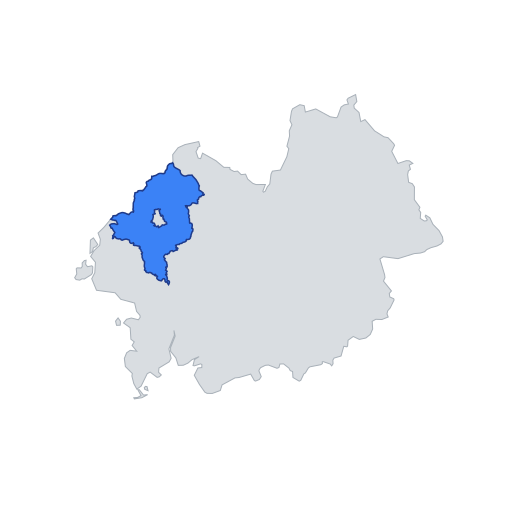 Germany, with Brandenburg highlighted, rotated 235°
{"feature_id": "DEU-3487", "entity_name": "Brandenburg", "entity_type": "State", "adm_level": 1, "iso_a3": "DEU", "parent_name": "Germany", "parent_adm1": "", "projection": "orthographic", "projection_center": [13.043, 52.446], "detail": "fine", "context": "in_parent", "style": "filled", "palette": "blue", "viewbox_px": 512, "rotation_deg": 235, "n_neighbors": 0, "source": "natural_earth", "source_scale": "10m", "svg_char_len": 9737}
<svg xmlns="http://www.w3.org/2000/svg" viewBox="0 0 512 512"><g transform="rotate(235 256 256)"><path d="M221.7,425.4L211.3,418.0L201.9,418.2L200.4,415.9L197.2,415.9L192.6,412.1L188.2,413.9L187.1,415.8L187.3,417.0L191.6,417.4L192.1,418.5L187.6,420.3L180.4,419.1L171.8,420.5L164.7,419.7L160.7,417.7L159.8,414.5L160.4,410.0L162.5,404.0L163.3,399.6L162.8,396.6L164.1,392.4L167.2,387.0L172.4,370.8L182.4,359.9L182.5,355.8L166.9,350.6L164.4,349.3L162.3,346.0L149.7,346.9L148.9,343.7L145.7,342.1L142.0,344.3L140.8,343.9L136.5,336.1L135.6,332.5L133.5,330.1L130.2,329.3L131.8,322.6L135.4,317.9L135.9,313.7L129.3,309.7L126.2,304.6L125.8,299.0L128.4,292.8L134.3,289.5L134.2,283.1L129.7,279.4L129.5,278.3L131.7,276.1L125.3,268.3L127.6,261.4L126.6,259.2L123.5,257.3L122.6,255.0L125.0,254.8L131.0,250.4L131.3,249.6L129.8,248.7L129.8,246.7L134.3,236.6L134.3,234.8L131.9,229.4L132.0,227.6L128.5,221.4L128.7,219.6L135.3,216.6L140.4,219.7L142.5,218.3L145.2,218.7L151.8,216.7L153.8,213.6L151.5,210.8L152.0,208.8L159.6,203.6L161.1,200.9L161.9,195.7L161.2,193.8L160.3,192.5L154.2,191.1L152.9,187.9L153.8,183.9L154.9,183.2L162.3,183.9L166.2,172.4L168.2,168.9L169.9,154.3L166.3,149.6L168.5,141.3L171.6,137.1L173.8,136.0L183.3,136.0L193.7,137.0L197.6,144.2L195.7,147.6L198.1,149.4L199.4,148.8L201.4,142.5L202.4,141.6L206.4,146.1L206.2,151.7L207.8,144.2L207.3,138.9L208.2,133.8L211.0,129.6L218.5,131.9L226.9,131.4L230.0,133.5L236.7,143.8L242.1,146.1L238.0,143.8L229.9,131.4L220.9,127.8L219.1,124.2L219.9,112.2L216.6,109.5L212.9,110.2L212.5,107.4L213.3,105.4L221.6,102.7L222.0,99.4L215.3,87.2L215.3,82.0L221.5,82.7L228.9,85.5L230.7,87.3L240.4,85.6L247.6,89.4L250.9,94.5L250.9,98.8L246.4,103.7L253.8,103.2L255.5,107.0L259.6,105.8L269.4,111.8L277.1,109.1L278.4,113.7L276.7,118.3L271.2,123.1L272.3,126.1L274.0,126.9L279.1,126.4L287.1,129.6L298.1,120.4L306.7,119.5L319.4,105.7L331.6,108.4L334.8,114.4L343.0,120.9L350.5,120.3L353.3,126.5L354.5,134.2L359.0,138.1L365.4,139.8L366.7,147.8L370.1,160.4L370.1,164.3L369.0,168.7L366.9,172.4L362.7,176.8L362.4,179.4L373.5,190.0L376.6,195.4L374.9,203.2L376.7,207.0L378.6,208.3L379.3,210.2L379.4,214.7L380.8,216.0L378.8,224.3L376.8,227.7L377.5,230.5L380.5,235.5L380.6,241.9L386.8,245.9L389.4,254.3L388.0,261.7L382.6,274.7L378.1,273.1L378.3,270.3L377.5,270.1L375.9,266.7L369.3,264.8L367.5,266.5L370.9,271.2L357.1,277.8L347.1,280.5L343.6,285.3L341.8,284.4L337.8,286.5L336.1,289.6L331.2,290.5L329.0,294.4L323.8,293.3L317.4,295.0L314.5,297.0L309.2,304.7L305.1,298.7L304.0,298.7L303.7,300.6L306.2,305.0L307.1,308.6L314.5,315.3L316.1,318.1L312.4,325.3L319.6,338.2L325.1,344.4L328.2,344.3L335.0,352.3L339.5,355.1L342.9,360.7L347.4,361.5L354.2,368.1L355.6,370.4L354.8,378.7L351.5,381.7L345.6,379.0L342.2,389.3L327.5,396.6L323.2,401.0L323.2,402.5L329.2,411.1L329.2,414.9L327.5,418.9L331.7,420.0L332.4,422.0L331.1,430.2L324.7,427.2L323.5,422.7L320.8,421.3L314.5,422.7L306.0,418.9L305.2,423.5L290.5,424.9L280.2,429.2L277.2,432.0L269.1,433.2L267.2,433.0L263.9,427.2L250.4,425.3L247.9,433.8L246.0,436.2L241.9,437.6L242.6,433.7L238.4,432.2L238.3,429.6L235.7,426.9L228.8,423.3L225.6,425.5L221.7,425.4ZM350.0,109.6L350.7,112.8L350.0,114.4L347.0,111.7L343.9,111.8L342.1,115.9L340.7,116.1L336.0,112.4L335.2,110.6L335.6,102.2L337.1,100.4L337.3,97.8L339.9,95.1L342.2,95.0L344.1,98.9L348.6,101.4L348.9,102.6L346.5,105.9L347.1,107.7L350.0,109.6ZM364.0,129.5L364.1,133.2L356.2,133.0L355.5,130.2L356.0,127.5L353.4,124.6L353.4,121.5L364.0,129.5ZM206.6,84.1L204.6,87.7L205.4,81.2L208.7,74.4L210.0,74.6L208.1,77.7L207.6,81.7L214.2,82.5L213.4,83.7L206.6,84.1ZM284.4,107.5L280.3,107.5L277.2,105.1L279.2,102.0L283.2,103.6L284.4,107.5ZM212.6,90.7L211.5,91.8L207.6,90.3L210.6,88.4L212.3,89.0L212.6,90.7Z" fill="#d9dde1" stroke="#a8b0b8" stroke-width="1"/><path d="M376.2,192.2L377.2,193.1L376.5,194.8L376.3,195.9L376.8,196.3L377.0,196.8L376.5,197.9L375.8,199.0L374.4,200.4L374.6,202.2L375.3,204.2L375.9,205.6L375.8,206.4L376.4,207.1L377.4,207.6L379.0,208.1L379.5,208.9L379.5,209.8L379.0,210.6L379.0,210.9L379.4,211.5L379.3,212.2L379.0,213.0L378.9,214.2L379.2,214.9L381.1,216.3L380.3,217.3L380.1,218.6L379.4,220.2L379.3,223.0L379.1,224.0L378.7,224.8L378.2,225.5L376.6,227.2L376.2,228.1L376.3,229.0L376.8,229.7L377.3,230.1L377.7,230.6L377.9,231.8L378.2,233.0L378.9,233.8L380.3,234.9L380.7,235.7L381.0,236.9L381.1,238.1L380.8,239.0L380.2,239.9L380.0,240.8L380.1,241.2L378.8,241.1L376.8,240.2L376.2,240.1L375.6,240.2L374.4,240.6L370.6,242.5L369.5,242.8L368.5,242.2L367.4,241.8L366.0,241.7L364.3,242.1L362.7,243.1L361.6,244.6L361.5,245.0L361.4,245.7L361.0,246.8L358.9,250.0L358.6,250.1L358.0,249.9L353.0,250.6L348.6,250.3L346.9,249.8L346.2,249.9L345.9,249.8L345.4,249.0L344.7,248.5L344.0,247.9L342.7,247.2L342.0,247.3L341.3,247.9L338.1,248.9L337.7,248.3L337.1,248.1L337.0,248.4L336.7,248.4L336.2,248.9L335.9,248.6L335.8,247.9L336.3,247.3L336.5,246.7L336.6,245.6L336.5,245.2L336.3,245.0L336.2,244.7L336.9,244.0L336.8,243.4L336.5,242.5L336.4,242.3L335.8,241.9L335.5,241.5L335.7,240.5L335.6,240.2L334.7,239.6L334.3,239.8L334.1,239.7L333.7,239.4L332.9,238.4L332.5,238.3L333.1,237.2L335.1,235.6L335.9,234.5L336.0,233.9L335.3,232.4L335.3,230.5L336.3,228.8L337.3,227.7L337.6,227.1L337.0,226.9L335.9,226.8L335.4,227.6L334.8,227.1L334.6,227.0L332.7,227.2L332.1,227.0L330.5,225.9L329.7,224.9L328.8,224.6L327.2,224.5L327.1,224.4L326.7,223.4L326.3,223.1L324.9,222.9L321.2,220.6L320.9,220.6L320.7,221.2L319.9,221.6L319.5,222.0L318.2,221.7L317.7,221.4L316.4,220.3L315.8,219.5L315.5,219.3L315.3,219.4L315.0,219.8L314.2,219.8L312.6,218.4L312.5,217.6L310.8,215.2L310.3,214.6L309.6,214.2L309.3,213.4L308.5,212.7L308.2,212.0L308.0,211.1L308.3,210.6L308.6,209.5L309.3,208.8L309.4,208.5L309.0,207.8L308.6,207.7L308.3,207.3L308.3,206.0L308.7,204.8L309.1,204.0L308.9,203.2L309.1,202.7L309.0,202.3L309.5,201.3L309.8,200.4L309.5,199.6L310.0,199.1L310.6,197.8L310.7,196.8L310.9,196.3L310.8,196.2L309.8,196.4L309.0,195.3L308.5,195.1L308.4,195.2L308.2,195.9L308.0,196.1L307.3,196.4L306.9,196.3L306.7,195.9L306.7,195.5L307.1,194.8L307.1,194.7L306.2,194.7L306.8,193.3L307.2,190.7L307.8,190.7L308.4,190.5L308.7,189.9L309.0,189.0L309.1,188.2L308.6,187.6L308.4,186.9L308.1,186.4L308.0,186.1L308.5,185.3L308.5,185.0L308.2,184.6L308.2,184.1L309.2,183.2L309.3,182.6L309.3,182.3L308.6,180.2L307.7,179.7L306.6,180.0L305.9,180.0L305.9,179.3L305.6,178.9L305.4,178.8L302.7,179.0L302.3,179.2L301.8,179.0L300.7,178.4L299.9,178.2L298.1,177.0L298.5,176.3L298.6,175.7L298.3,175.5L297.4,175.5L297.0,175.2L296.2,173.8L294.8,174.4L294.3,174.3L293.9,173.0L293.6,172.8L292.7,172.7L292.3,172.5L292.5,172.3L292.7,171.8L292.7,171.4L292.4,171.2L291.2,171.5L289.8,171.0L288.7,170.7L287.9,169.8L287.2,169.5L286.6,169.7L285.7,170.3L285.2,170.4L284.6,170.3L284.1,170.0L283.1,168.8L282.7,167.9L284.9,168.0L286.0,168.4L286.2,167.2L286.6,167.0L287.5,167.0L289.0,167.9L289.8,167.9L290.3,167.5L290.6,166.7L290.3,165.3L290.0,164.8L289.9,164.4L290.1,164.0L291.9,162.5L293.4,162.0L294.4,161.9L294.7,162.1L295.6,162.8L295.9,163.6L297.1,163.0L298.5,163.1L298.5,162.5L297.9,162.0L298.4,161.8L299.2,162.0L299.8,161.2L301.4,160.6L301.9,160.8L302.9,159.9L303.4,159.8L303.7,159.1L303.7,158.4L304.4,158.0L304.9,157.2L306.5,156.7L307.2,157.3L308.1,156.7L308.4,156.6L308.7,156.8L309.4,157.9L311.3,158.4L312.5,159.2L313.8,160.4L314.6,160.8L315.0,161.4L316.4,161.4L317.3,161.2L320.4,162.0L320.7,162.2L321.5,163.0L322.6,163.3L323.3,163.3L323.6,163.5L323.6,164.6L323.9,164.9L325.9,164.7L327.1,165.3L328.2,165.1L328.9,165.1L329.5,164.9L329.7,165.2L329.3,165.7L329.3,165.8L330.1,166.3L330.8,166.2L332.0,164.9L333.6,163.6L334.0,162.8L334.9,162.0L335.1,161.9L335.5,162.0L336.1,162.9L336.4,163.1L337.2,163.1L337.4,162.2L337.7,161.3L338.2,160.8L338.7,160.6L339.4,160.5L340.0,160.6L341.1,161.2L341.6,161.3L342.1,161.2L343.5,160.0L343.8,159.9L344.5,159.1L345.4,156.9L345.5,156.0L345.7,155.5L346.1,155.1L346.6,154.8L347.6,154.8L348.3,154.2L348.8,153.2L350.4,151.8L351.4,151.6L352.4,151.7L353.2,151.3L353.0,150.7L352.3,149.4L352.4,148.6L352.8,148.6L353.5,149.7L354.8,150.2L354.9,151.2L355.7,152.7L355.9,153.3L356.3,153.9L358.2,153.8L359.9,153.9L361.2,154.2L361.7,153.4L362.4,153.3L363.4,153.8L364.6,153.7L365.2,153.8L365.3,155.0L365.2,155.9L364.7,156.9L363.8,158.5L361.5,160.2L361.5,161.1L363.7,161.5L365.5,161.6L365.9,161.3L366.1,160.7L366.8,160.3L367.6,159.3L369.4,158.1L369.6,158.9L369.8,160.6L370.9,161.9L370.2,163.3L369.4,164.2L369.2,164.8L369.2,165.4L369.5,167.5L368.7,170.5L368.3,171.4L367.5,172.3L365.9,173.6L364.2,174.5L362.8,175.6L363.5,178.5L363.3,179.4L363.1,180.0L362.3,180.7L362.7,181.3L363.2,181.7L364.4,181.9L364.9,182.1L365.9,183.2L366.6,183.6L369.7,185.8L370.1,186.3L371.1,188.1L372.0,188.7L372.8,189.8L374.5,190.4L376.2,192.2ZM348.5,197.7L348.4,197.5L348.5,197.2L349.1,195.6L349.1,195.3L348.1,195.0L346.9,194.2L345.0,192.0L344.9,191.6L344.9,190.5L344.1,189.5L343.3,190.2L343.2,190.6L342.4,190.2L341.8,190.8L341.5,191.3L341.1,191.4L340.0,191.3L339.5,191.1L339.3,190.9L339.4,190.4L339.2,190.1L339.3,189.9L338.9,189.9L338.8,190.0L338.5,190.7L338.2,191.0L337.0,191.3L336.7,192.3L336.9,193.1L336.7,193.1L335.2,192.5L334.9,193.2L335.0,193.6L334.8,196.0L335.2,196.8L335.2,197.1L334.0,198.4L333.9,199.2L334.1,199.9L333.8,200.2L333.8,200.5L333.4,201.1L334.1,201.7L335.2,202.0L335.7,201.6L336.9,201.0L337.2,201.1L337.9,201.6L339.1,201.1L339.4,201.7L339.6,201.7L340.6,201.5L341.4,202.4L342.0,202.7L342.9,202.7L342.9,202.2L342.8,201.4L343.1,201.2L343.8,201.0L344.1,201.1L344.3,201.6L344.5,201.8L345.1,201.9L345.4,201.6L345.8,201.5L347.4,202.3L348.1,202.5L348.6,202.5L348.9,202.9L349.0,204.3L349.3,204.4L349.7,203.6L350.7,203.0L350.8,202.5L350.8,201.8L351.0,201.4L351.6,200.8L351.7,200.5L351.7,199.9L352.0,199.6L352.1,199.4L351.6,198.9L350.5,198.4L350.0,197.8L349.6,197.6L348.5,197.7Z" fill="#3b82f6" stroke="#1e3a8a" stroke-width="1.5"/></g></svg>